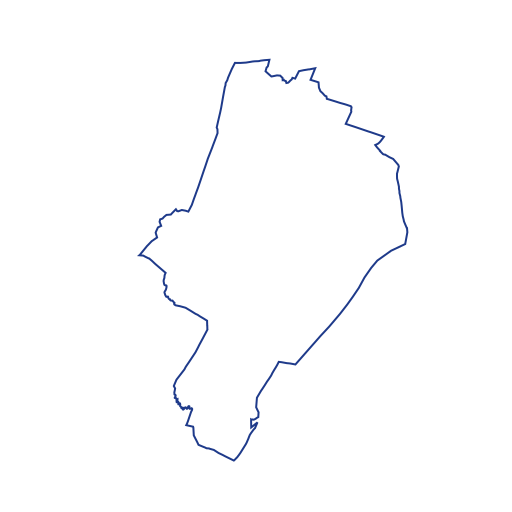 the district of Staburaga pag., Jaunjelgavas, Latvia, rotated 122°
{"feature_id": "27541924B51848948627496", "entity_name": "Staburaga pag.", "entity_type": "district", "adm_level": 2, "iso_a3": "LVA", "parent_name": "Latvia", "parent_adm1": "Jaunjelgavas", "projection": "natural_earth1", "projection_center": [25.538, 56.541], "detail": "fine", "context": "isolated", "style": "outline", "palette": "blue", "viewbox_px": 512, "rotation_deg": 122, "n_neighbors": 0, "source": "geoboundaries", "source_scale": "gbopen_adm2", "svg_char_len": 5921}
<svg xmlns="http://www.w3.org/2000/svg" viewBox="0 0 512 512"><g transform="rotate(122 256 256)"><path d="M317.2,355.3L315.4,351.8L315.3,349.7L315.0,346.6L314.8,345.1L314.7,345.0L314.8,344.7L315.2,341.9L316.1,337.4L316.4,335.5L318.2,323.7L319.9,323.5L320.6,323.3L321.4,323.0L323.1,322.1L323.9,321.9L325.1,321.6L325.5,321.4L326.2,321.1L327.9,319.6L328.4,319.2L328.6,318.7L329.0,318.3L329.0,318.2L328.9,317.1L328.5,316.5L328.5,316.4L328.6,316.2L328.9,315.9L329.6,315.5L330.3,315.2L332.2,314.6L332.8,314.6L333.5,314.5L334.1,314.6L335.0,314.5L335.6,314.2L336.2,313.4L337.1,312.4L337.5,311.7L338.0,310.8L338.1,310.4L338.0,310.2L337.7,309.9L337.3,309.5L337.1,309.2L337.3,308.8L337.8,308.5L338.2,307.8L338.5,307.2L338.5,306.8L338.5,306.5L338.4,306.3L338.3,306.0L338.5,305.8L338.6,305.6L338.8,305.5L338.9,305.1L338.9,304.8L338.8,304.4L338.5,303.9L338.1,303.3L338.1,303.1L338.4,302.5L338.6,301.7L339.0,300.2L340.0,300.1L340.1,299.9L340.4,299.4L340.4,298.3L340.4,298.0L338.8,293.7L337.4,289.0L337.2,288.1L337.1,282.4L337.1,276.6L336.8,274.4L336.9,271.6L336.8,267.1L336.8,263.2L340.9,260.5L340.9,260.4L343.8,258.5L344.1,258.2L354.9,257.4L361.4,257.0L364.3,256.7L369.8,256.3L381.4,256.6L386.1,256.8L387.8,256.8L390.1,256.6L403.0,257.9L405.6,257.5L409.8,256.8L411.2,254.4L413.2,253.6L414.9,253.0L416.0,252.2L416.6,251.8L416.7,251.5L416.6,251.1L416.5,250.8L416.6,250.5L416.8,250.3L417.1,250.1L417.7,249.9L418.4,249.9L419.0,249.9L419.3,249.8L419.4,249.7L419.3,249.3L419.1,248.9L418.9,248.5L418.9,248.3L419.3,248.0L419.6,247.7L419.6,247.4L419.5,247.1L419.3,246.9L419.0,246.7L419.5,246.4L419.9,246.5L420.3,246.7L420.6,246.8L421.0,246.7L421.5,246.2L421.8,246.0L422.0,245.8L421.9,245.6L421.7,245.4L421.0,245.2L420.8,245.0L420.8,244.7L421.3,244.2L421.9,243.9L422.6,243.6L422.8,243.4L422.9,243.2L422.6,242.8L422.4,242.8L422.0,242.8L421.8,242.9L421.6,242.9L421.4,242.8L421.3,242.3L421.5,242.1L422.0,241.6L423.0,241.1L423.4,240.9L423.6,240.5L423.6,239.8L423.8,239.4L423.8,239.2L424.0,239.1L424.4,238.9L424.5,238.6L424.5,238.2L424.4,238.0L424.1,237.9L423.8,237.9L423.4,237.7L423.3,237.3L423.5,237.0L423.8,236.9L424.2,236.8L424.9,236.6L424.9,236.4L424.6,236.2L424.0,236.0L422.9,236.0L422.3,236.0L421.9,235.8L421.7,235.6L421.6,235.3L421.7,234.9L421.9,234.6L422.1,234.3L422.2,234.0L422.2,233.6L421.8,233.4L421.3,233.4L420.7,233.5L420.2,233.6L419.5,233.7L419.1,233.6L418.9,233.4L418.8,233.1L418.8,232.9L419.1,232.6L419.5,232.3L420.1,232.1L420.6,231.7L420.7,231.2L420.3,230.7L419.7,230.3L419.2,229.9L419.3,229.5L419.5,229.1L420.3,228.7L420.9,228.6L422.1,228.5L422.8,228.4L432.1,226.2L434.6,225.7L436.4,225.5L436.2,224.9L434.1,218.9L434.7,218.2L441.1,213.7L445.1,207.0L446.6,204.7L445.8,199.8L445.4,197.7L445.4,197.2L445.2,195.9L444.1,193.9L444.0,193.1L442.8,189.0L442.9,183.3L442.4,179.0L442.2,176.1L441.2,166.4L440.6,166.2L440.1,166.1L439.5,165.9L438.9,165.8L438.2,165.7L437.6,165.5L437.0,165.4L436.4,165.3L435.8,165.2L435.2,165.2L434.4,165.1L433.3,165.0L432.7,165.0L431.4,164.9L430.7,164.9L426.9,164.9L422.7,164.9L422.0,164.9L421.4,164.9L420.7,164.9L420.1,165.0L419.4,165.0L418.8,165.1L418.2,165.2L417.5,165.3L416.9,165.4L414.8,165.7L413.5,166.0L412.8,166.1L412.2,166.2L411.7,166.3L411.4,166.4L409.1,166.4L404.9,166.1L403.1,165.8L402.6,165.6L396.3,166.6L403.9,169.2L398.7,172.6L397.2,173.5L397.2,173.0L396.6,172.5L396.3,172.1L396.3,171.7L396.1,171.4L395.9,171.1L395.5,170.8L395.0,170.5L394.4,170.1L393.0,169.6L391.4,168.7L387.2,171.0L386.2,172.6L384.2,175.7L375.7,180.1L367.5,180.3L365.5,180.2L361.1,180.1L356.6,180.1L353.6,179.9L349.4,179.8L346.6,180.1L343.0,180.2L339.7,180.2L336.9,180.3L333.7,180.6L332.5,178.0L330.6,173.2L329.1,170.2L327.1,165.1L289.4,158.9L277.0,156.5L260.6,154.1L248.8,152.9L239.4,152.3L228.6,151.9L216.7,152.6L204.9,152.0L195.6,150.7L179.9,144.2L166.8,135.8L155.7,140.2L152.2,142.8L152.2,143.3L151.9,143.6L150.4,145.8L148.2,148.9L147.0,150.0L146.5,150.5L144.5,152.6L141.9,154.8L136.5,158.9L133.3,161.4L132.2,162.4L130.2,164.3L128.8,165.4L126.6,167.7L124.9,168.8L123.2,170.4L121.5,171.5L117.9,175.0L115.7,177.3L114.1,178.4L111.4,180.1L110.3,180.4L104.4,182.3L103.4,183.5L101.0,191.1L101.5,195.3L101.6,200.3L102.0,200.9L102.3,202.2L101.3,206.4L101.0,206.4L100.7,207.3L100.6,207.9L100.4,208.4L100.2,209.3L100.0,209.9L99.7,211.0L99.2,212.3L98.8,213.5L98.7,213.7L98.1,213.3L97.5,212.9L96.2,212.1L95.1,211.7L93.5,211.3L92.0,211.1L89.7,210.9L87.1,210.7L87.1,210.8L88.1,215.2L90.3,224.6L90.8,226.5L93.8,239.3L96.4,249.9L83.2,251.6L82.4,252.2L82.0,252.6L81.8,252.7L81.5,252.8L80.7,253.1L80.2,253.4L79.7,253.6L79.4,253.7L79.2,253.8L79.1,254.1L79.0,254.5L78.9,254.7L78.7,254.9L78.7,255.0L79.1,256.5L79.7,259.1L80.4,261.7L81.6,265.7L82.8,270.4L84.2,275.7L84.8,277.9L85.2,279.2L83.3,280.9L83.6,282.5L82.6,285.9L82.1,288.7L79.9,291.8L75.6,295.0L75.9,296.3L77.7,303.1L65.4,305.3L69.5,309.7L70.2,310.7L70.6,311.1L73.3,314.2L76.5,317.5L84.8,316.8L85.6,319.5L87.3,319.3L89.2,319.9L90.8,320.2L92.0,320.6L93.2,321.9L91.8,323.5L92.3,324.9L91.8,325.9L92.7,326.6L90.8,328.0L90.7,329.0L90.2,331.0L91.7,333.9L94.1,336.4L95.2,337.6L95.5,337.9L95.6,338.1L95.0,341.8L94.3,345.8L93.3,346.1L90.5,346.9L90.3,346.8L89.1,346.5L88.8,346.5L82.5,348.6L85.7,352.9L87.9,355.6L89.2,356.8L91.8,360.6L92.9,362.0L94.6,363.9L97.3,367.0L100.3,371.2L102.0,373.9L103.4,376.2L110.3,375.6L119.6,374.2L122.2,373.5L125.4,373.4L127.5,372.3L129.3,371.9L138.4,368.3L149.0,364.0L153.4,362.4L162.5,359.3L167.9,357.4L168.9,355.9L172.2,353.7L174.2,353.3L178.5,352.4L186.0,350.9L186.8,350.7L192.1,349.7L199.1,348.4L201.5,347.8L207.7,346.3L211.7,345.4L220.9,343.2L228.6,341.4L234.0,340.3L236.7,339.7L240.6,338.9L246.7,337.5L254.2,336.9L254.9,339.7L256.3,343.3L259.3,345.6L259.7,346.7L258.8,348.7L264.3,349.9L266.0,350.2L268.6,353.7L271.5,354.7L273.8,355.1L275.7,356.7L278.1,355.9L279.2,354.4L280.7,352.4L283.7,354.3L287.6,353.8L289.3,353.5L290.0,352.8L292.7,349.7L298.7,352.3L304.0,353.4L305.3,353.7L316.5,355.1L317.2,355.3Z" fill="none" stroke="#1e3a8a" stroke-width="2"/></g></svg>